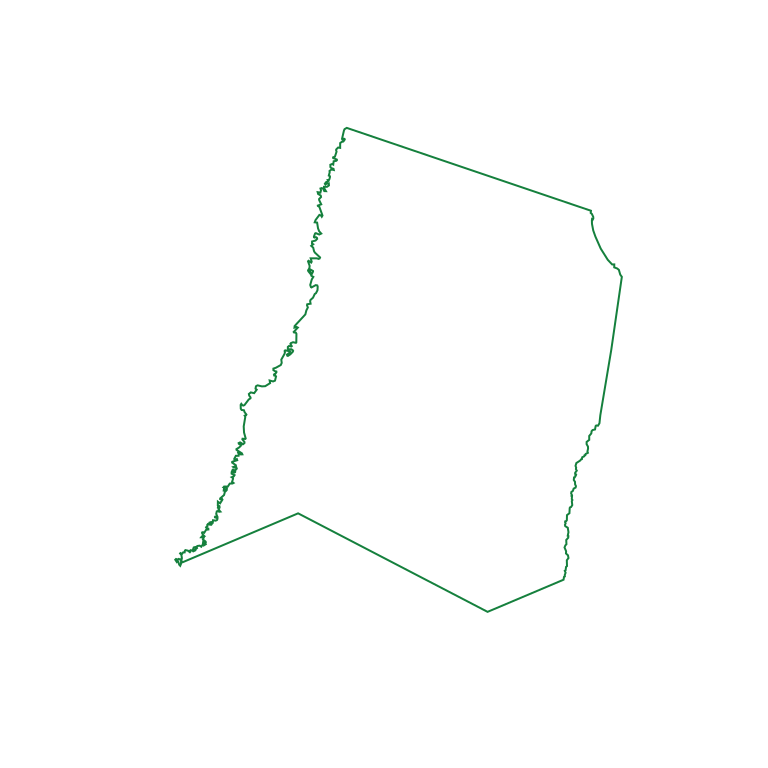 Patiño, Formosa, Argentina, rotated 67°
{"feature_id": "61730980B73790224663832", "entity_name": "Patiño", "entity_type": "district", "adm_level": 2, "iso_a3": "ARG", "parent_name": "Argentina", "parent_adm1": "Formosa", "projection": "albers", "projection_center": [-59.34, -25.077], "detail": "fine", "context": "isolated", "style": "outline", "palette": "green", "viewbox_px": 768, "rotation_deg": 67, "n_neighbors": 0, "source": "geoboundaries", "source_scale": "gbopen_adm2", "svg_char_len": 6165}
<svg xmlns="http://www.w3.org/2000/svg" viewBox="0 0 768 768"><g transform="rotate(67 384 384)"><path d="M469.5,513.6L634.2,377.7L634.3,295.2L631.9,293.7L631.8,292.7L630.5,292.3L628.7,290.6L626.6,290.6L626.4,289.6L623.5,287.9L623.1,286.7L617.7,284.6L616.3,282.2L613.6,281.6L611.1,282.7L609.1,281.7L605.0,281.7L603.4,280.1L602.8,278.7L598.8,277.2L597.5,274.5L596.0,273.7L595.5,274.2L592.5,272.1L588.1,271.0L585.7,272.7L584.4,272.5L583.1,271.2L581.9,271.3L581.2,270.8L581.4,269.8L580.8,268.9L576.2,266.8L575.4,263.8L570.7,261.5L570.2,260.8L570.3,259.8L569.0,258.0L565.2,256.9L564.4,255.9L563.3,256.1L560.4,254.6L560.1,255.0L559.6,254.4L557.9,254.5L556.6,253.7L556.2,251.9L554.4,250.3L554.2,248.1L553.0,247.2L551.0,247.3L548.7,246.4L546.5,246.8L544.3,245.6L544.5,245.0L543.2,243.2L542.6,243.4L542.2,242.6L541.2,243.1L540.3,242.6L539.1,240.4L537.3,240.6L536.1,239.8L534.2,239.7L531.9,237.8L531.1,233.2L530.4,232.2L530.5,231.2L528.9,230.2L528.8,228.0L527.9,227.2L528.2,226.5L527.2,225.7L527.0,223.2L525.6,223.1L523.2,221.4L521.3,220.7L518.5,221.0L516.5,220.1L515.6,216.9L512.0,215.4L510.5,212.5L508.6,211.4L507.9,210.0L508.3,207.5L505.4,205.6L505.1,204.8L506.0,203.3L504.3,201.0L497.3,197.1L441.6,161.6L378.3,123.2L375.6,123.8L370.7,123.2L368.8,124.2L366.6,126.5L363.9,125.3L363.1,127.3L357.1,129.5L344.1,131.6L330.9,131.8L324.4,131.4L317.9,130.0L314.8,128.8L313.6,128.1L314.3,127.7L313.5,126.7L312.0,126.1L308.7,126.2L307.3,126.9L305.4,125.8L133.7,318.2L134.0,320.7L135.0,321.8L142.0,326.9L142.6,326.8L142.2,325.7L142.9,324.6L143.4,324.5L144.0,325.1L144.9,326.7L144.6,328.2L145.1,330.2L149.5,332.1L148.4,333.8L149.3,336.1L149.9,336.7L151.6,336.9L155.5,340.3L155.5,342.3L156.1,342.5L159.0,339.7L159.6,339.9L159.9,340.7L159.3,343.3L162.2,345.0L161.2,345.8L161.2,347.7L163.4,348.6L164.6,348.2L166.2,346.4L167.4,346.6L166.0,348.5L166.6,350.9L168.1,351.4L170.6,353.4L171.6,352.6L172.3,352.8L174.2,354.3L174.7,355.0L174.3,356.0L175.4,355.9L175.6,358.6L176.6,360.2L177.5,360.0L177.2,358.8L177.7,356.4L179.7,357.1L180.2,359.4L179.0,362.2L179.9,362.6L183.8,362.1L183.1,363.6L180.3,363.7L179.3,364.8L179.2,366.1L181.1,366.3L183.0,367.8L181.5,370.1L183.3,370.4L185.8,368.6L187.3,368.9L188.4,371.5L189.3,371.8L194.1,371.6L193.9,375.2L194.3,375.3L195.6,374.3L204.9,374.8L205.7,375.9L204.3,376.1L203.1,377.4L206.3,382.9L208.1,384.6L209.3,382.5L214.9,383.9L218.1,384.0L221.0,383.0L221.1,385.2L218.5,387.8L218.5,388.6L220.9,390.9L221.6,391.1L222.1,390.7L222.2,389.3L223.3,388.6L224.3,388.8L225.2,391.0L224.7,394.5L226.6,395.4L227.7,394.6L228.4,397.0L230.8,395.9L234.4,396.5L236.0,396.3L242.5,393.4L243.3,394.2L243.3,395.3L242.1,396.7L239.7,402.4L243.2,402.8L243.8,403.6L241.1,405.3L241.4,406.0L246.3,406.3L248.3,407.5L249.7,409.5L250.6,409.6L253.4,408.8L252.9,408.0L251.3,408.1L250.0,406.9L252.2,405.2L252.8,405.4L255.4,408.5L255.9,408.6L257.8,407.2L259.5,409.6L264.0,413.2L266.3,413.4L266.8,413.0L266.3,408.2L267.2,406.9L268.5,407.0L271.7,408.6L273.8,411.1L274.1,412.6L276.8,415.6L277.9,418.8L278.8,419.6L281.4,420.2L280.6,423.5L281.4,424.1L283.8,424.2L285.9,426.7L289.2,429.2L295.7,443.6L297.1,444.4L297.3,442.2L298.4,441.3L300.8,446.8L301.4,446.7L302.3,445.1L303.6,445.0L311.5,448.5L311.7,449.0L310.0,451.4L310.0,453.8L310.5,454.5L313.1,454.1L313.3,454.7L311.9,456.6L312.3,458.0L314.1,458.8L314.7,458.4L315.9,455.6L317.2,454.8L318.0,454.7L318.7,455.4L320.1,458.7L320.6,461.5L320.1,462.0L319.0,461.8L318.4,459.0L317.3,457.7L314.4,461.8L314.8,462.6L316.1,462.8L317.5,463.9L321.4,469.0L324.6,469.9L326.2,471.6L326.8,477.2L326.6,479.8L328.0,480.4L329.9,479.1L330.4,478.2L331.0,478.3L332.1,479.9L332.0,481.0L332.5,481.7L333.4,481.7L333.8,480.8L334.8,480.4L338.3,483.0L338.3,485.1L336.1,487.9L338.7,488.5L339.6,494.2L338.5,497.3L335.9,500.8L335.9,502.0L336.1,502.8L338.1,504.1L339.5,503.4L341.7,507.1L339.7,509.9L340.4,512.3L342.0,512.6L344.2,512.1L345.0,512.5L345.4,514.6L348.9,520.7L348.9,521.9L348.3,522.6L346.5,523.1L347.2,524.1L350.8,525.5L352.3,525.2L353.4,523.2L355.6,523.3L358.4,522.6L358.8,523.1L358.7,524.6L360.0,524.5L368.2,529.7L374.0,531.8L380.1,532.6L380.4,533.1L379.1,535.6L379.6,536.0L382.9,535.1L383.8,535.5L384.4,537.2L384.1,538.1L383.0,538.1L381.5,539.3L381.6,540.9L382.3,541.0L384.3,539.5L384.9,539.9L385.8,542.1L386.3,545.3L387.0,545.5L392.3,541.9L393.4,541.9L392.9,543.3L390.4,544.2L390.2,545.1L392.3,545.2L393.3,545.9L392.2,548.4L394.4,551.1L395.6,551.3L395.6,548.8L396.8,548.9L396.3,554.1L397.0,554.5L400.9,552.1L401.8,552.4L401.5,555.2L402.3,554.8L403.2,552.5L404.4,552.6L405.1,554.4L407.0,555.5L407.1,556.4L406.6,556.9L404.5,555.9L403.8,556.8L405.6,558.7L407.0,559.3L409.5,557.2L410.3,558.4L410.3,560.6L411.6,559.8L412.3,560.0L414.7,562.1L416.3,561.2L416.4,562.3L415.4,564.9L417.4,567.9L415.9,571.2L416.3,572.0L417.9,569.6L418.7,569.4L420.2,570.2L420.6,571.1L417.6,572.1L419.5,573.2L420.0,572.2L420.6,572.2L423.7,574.6L425.3,579.5L425.9,579.8L426.5,579.1L426.5,578.0L427.3,577.9L429.8,581.5L427.4,582.9L430.8,584.4L432.1,583.2L432.9,583.4L432.4,584.9L433.0,585.3L434.5,584.5L435.7,586.1L436.3,584.9L437.5,584.5L437.2,585.7L436.1,586.3L435.9,587.7L438.0,589.2L441.1,589.2L441.3,589.8L440.1,591.2L440.3,591.6L440.7,591.7L442.5,589.7L443.6,590.4L444.0,591.0L444.0,592.4L442.6,594.6L444.9,595.9L444.7,596.6L443.5,597.0L443.4,598.9L444.1,599.3L445.4,597.2L445.8,597.4L446.1,598.0L445.5,599.2L444.1,600.8L444.7,601.8L445.7,601.9L446.4,603.8L447.1,603.7L448.4,602.2L449.3,602.5L448.7,604.7L450.7,607.6L449.8,608.3L449.5,609.2L449.9,609.7L451.8,609.6L453.6,608.9L453.1,611.1L453.7,612.2L454.9,609.9L456.3,611.4L459.3,609.8L460.0,609.8L460.7,610.7L461.8,610.6L462.1,612.5L459.6,611.4L458.6,612.1L460.9,613.5L462.4,615.8L460.8,616.8L460.2,619.0L460.5,620.2L462.0,620.2L462.3,621.2L460.3,621.6L460.1,623.0L462.0,624.8L462.4,623.1L463.4,622.9L463.5,625.0L462.3,625.6L461.4,626.9L461.6,627.7L462.7,627.8L463.0,628.4L460.8,629.6L459.3,631.7L459.6,632.4L461.1,633.3L460.5,634.6L461.5,636.3L460.1,637.4L460.3,637.9L462.2,637.3L465.4,638.1L466.6,639.0L466.4,640.0L464.8,641.2L464.9,642.7L463.8,643.8L464.2,644.8L466.9,644.3L466.4,643.3L466.8,642.8L470.3,643.1L471.7,642.6L470.3,641.2L467.2,639.7L469.4,639.1L469.5,513.6Z" fill="none" stroke="#15803d" stroke-width="2"/></g></svg>